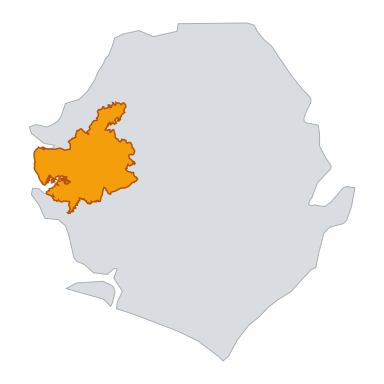 Port Loko, Northern, Sierra Leone shown in context
{"feature_id": "65957751B90762568654783", "entity_name": "Port Loko", "entity_type": "district", "adm_level": 2, "iso_a3": "SLE", "parent_name": "Sierra Leone", "parent_adm1": "Northern", "projection": "albers", "projection_center": [-12.858, 8.766], "detail": "fine", "context": "in_parent", "style": "filled", "palette": "amber", "viewbox_px": 384, "rotation_deg": 0, "n_neighbors": 0, "source": "geoboundaries", "source_scale": "gbopen_adm2", "svg_char_len": 7272}
<svg xmlns="http://www.w3.org/2000/svg" viewBox="0 0 384 384"><path d="M354.7,187.7L354.4,191.1L351.4,206.8L346.6,220.2L343.4,223.6L329.7,227.2L323.9,233.2L318.9,252.3L315.8,267.3L311.0,269.8L290.9,291.6L277.7,299.9L268.5,307.0L259.8,316.2L248.8,325.2L237.0,340.3L228.6,356.1L222.9,361.0L218.6,356.6L198.3,341.1L177.0,330.8L131.7,313.6L116.6,308.8L117.2,302.6L122.4,291.4L113.9,278.2L117.2,268.6L113.9,268.6L107.4,274.4L93.6,272.8L84.5,264.5L77.0,261.5L73.8,257.4L69.0,235.7L65.5,225.8L58.6,219.7L44.8,218.2L39.1,205.0L31.4,194.7L32.6,188.4L38.9,188.7L43.8,193.3L51.7,195.2L61.5,184.1L70.3,178.1L72.3,172.8L71.3,169.9L65.9,174.4L51.4,173.3L47.7,177.3L41.2,178.6L36.2,165.6L36.5,157.9L38.5,149.5L53.2,148.1L54.5,145.3L44.3,143.5L31.6,133.7L29.3,126.9L35.6,124.7L41.7,125.7L46.9,127.1L52.6,124.7L57.9,121.0L61.1,116.3L65.4,103.6L79.1,99.3L87.3,91.5L95.0,79.4L98.5,70.9L101.7,66.7L103.7,63.0L105.2,59.0L108.6,55.3L112.2,46.3L114.7,38.1L122.6,34.1L138.8,30.6L153.4,36.6L177.0,31.3L178.2,23.7L199.9,23.5L225.5,23.2L246.9,23.0L254.2,25.1L256.9,30.8L264.0,39.7L271.4,45.9L280.5,59.5L291.2,75.3L302.7,89.6L310.1,97.3L311.0,100.0L310.5,103.1L306.9,110.4L303.8,118.3L304.2,121.3L306.3,122.8L318.3,125.2L319.5,133.9L319.6,146.1L325.5,157.4L331.0,165.7L330.8,168.7L317.3,183.0L312.1,197.2L309.5,201.2L308.4,204.4L311.1,205.8L314.8,204.9L320.1,206.0L325.1,206.4L331.7,201.3L342.7,188.2L346.4,186.6L354.7,187.7ZM112.2,303.3L110.7,306.2L103.4,299.1L66.1,288.6L76.6,283.0L102.6,281.3L110.3,284.6L113.7,287.3L115.0,292.5L112.2,303.3Z" fill="#d9dde1" stroke="#a8b0b8" stroke-width="1"/><path d="M121.6,104.0L121.7,104.7L121.3,104.8L119.7,103.3L118.7,102.9L116.9,103.2L116.0,102.4L115.9,104.6L115.6,105.1L114.8,105.4L113.5,102.8L112.6,102.6L113.0,104.1L111.9,105.2L111.4,107.4L110.6,107.8L109.2,107.2L110.3,105.7L109.9,105.1L109.1,104.9L108.1,105.0L108.0,105.3L108.8,107.1L108.4,107.5L104.4,108.7L103.7,106.8L102.9,106.8L102.6,107.0L102.4,108.3L100.7,109.9L100.3,110.0L99.7,109.4L99.1,109.5L97.8,110.6L97.5,111.3L97.6,112.2L98.5,114.1L98.0,116.5L97.4,117.9L96.6,117.9L97.2,120.0L96.9,120.5L93.8,120.6L93.4,121.5L92.4,122.3L91.5,124.3L90.1,125.6L89.3,127.4L90.1,128.7L89.7,129.5L87.0,131.6L87.1,132.4L88.3,133.2L88.5,134.3L87.4,133.8L86.8,133.0L86.1,133.1L84.6,132.4L84.6,131.9L82.9,130.6L81.3,128.8L79.8,129.3L78.3,130.8L77.1,130.5L75.4,135.9L75.8,137.5L74.2,137.7L73.7,138.2L72.2,138.4L72.1,139.0L71.2,139.4L70.4,140.3L69.5,140.5L68.4,141.7L70.2,144.1L70.3,149.0L64.9,150.2L61.1,148.4L59.4,148.2L54.9,149.3L52.9,149.3L51.8,149.0L48.2,149.1L46.2,148.8L44.9,148.2L44.3,149.5L43.9,149.5L41.7,148.4L39.9,148.2L38.5,147.2L38.5,147.7L36.0,149.8L35.6,150.7L34.5,151.7L34.0,154.1L34.5,158.9L35.2,162.1L34.7,162.3L34.4,163.8L34.7,165.5L34.3,167.5L34.4,168.7L35.8,171.7L38.0,174.3L39.5,179.1L42.8,184.0L42.9,183.7L43.1,184.2L44.8,185.1L45.6,184.5L46.3,183.2L46.5,181.9L46.2,181.9L47.0,181.2L47.0,179.4L48.3,177.4L49.1,175.5L49.5,175.3L50.6,175.6L51.2,177.8L53.3,177.9L53.9,179.1L55.0,178.9L55.9,177.1L58.5,175.8L58.6,176.3L59.0,176.6L60.4,176.6L61.5,175.9L63.0,176.2L64.4,176.9L65.2,176.7L66.6,176.8L66.7,177.4L65.6,177.8L65.2,178.2L65.3,178.5L66.3,178.9L68.2,180.7L69.9,181.2L70.3,181.9L69.6,182.1L68.8,183.0L66.9,183.9L67.3,184.2L67.3,184.6L67.1,184.2L66.1,184.0L65.7,183.5L64.8,183.7L64.4,183.0L64.4,181.1L63.6,180.5L63.5,180.1L63.3,180.5L61.8,180.5L60.5,181.2L59.4,181.0L58.8,180.4L58.8,179.9L58.5,179.9L58.0,180.7L58.2,181.0L57.9,181.8L56.4,183.2L58.3,185.0L58.4,185.3L55.5,184.0L54.9,185.8L54.6,185.7L54.1,186.9L52.4,187.5L51.8,188.5L49.4,188.6L49.1,190.7L48.7,190.5L47.1,191.9L46.6,191.9L46.3,192.6L46.6,193.9L51.4,195.9L52.4,195.6L52.8,194.9L53.1,195.9L53.8,196.6L52.3,196.5L52.2,196.7L52.8,197.7L52.8,198.3L53.5,198.8L53.7,199.9L54.6,200.3L56.4,200.5L56.9,201.2L57.1,200.7L58.1,200.8L58.6,199.8L58.8,200.4L60.5,201.7L62.2,201.9L63.6,201.1L69.4,201.5L69.7,201.9L69.7,203.1L68.9,203.3L68.7,204.7L68.9,205.6L69.5,206.2L69.4,206.6L70.1,208.2L69.9,208.6L70.3,209.0L68.9,211.1L68.8,211.9L67.8,212.4L68.2,212.6L67.9,213.0L68.2,213.4L70.3,213.0L70.2,212.0L71.2,211.4L71.9,211.9L73.5,211.1L73.2,210.6L72.5,210.4L72.5,210.1L73.3,209.2L73.5,207.6L74.1,207.9L74.6,208.6L75.8,207.9L75.0,206.6L75.6,205.3L77.3,205.2L77.3,204.7L76.4,203.6L76.6,203.2L77.5,203.2L78.5,202.4L78.1,201.6L78.2,200.9L79.7,200.8L79.3,198.2L79.9,198.5L80.8,198.2L81.2,198.4L81.5,199.2L83.6,198.9L83.6,199.4L84.3,199.3L84.6,200.2L85.3,200.3L85.7,201.0L86.3,200.9L86.8,202.5L87.5,202.7L87.6,203.2L88.2,202.8L88.7,203.5L89.0,203.2L89.4,203.6L90.0,203.4L90.1,203.8L91.3,203.0L90.9,202.4L91.2,202.1L91.3,201.3L92.4,201.9L93.4,201.9L95.6,201.1L96.0,201.8L96.6,200.6L97.7,200.5L97.8,201.0L98.4,200.7L98.7,201.4L99.3,201.5L100.2,201.2L100.5,200.7L100.8,197.6L102.1,195.3L103.0,190.1L104.0,187.3L106.1,189.0L106.3,190.5L107.4,190.9L107.9,193.0L110.0,194.4L110.8,193.7L111.2,192.1L115.0,191.2L120.8,188.1L124.4,188.0L128.6,186.4L132.7,182.3L133.3,182.2L134.1,182.5L134.4,181.8L136.4,180.9L137.2,179.2L137.6,179.0L136.5,177.3L134.7,176.4L133.8,175.3L133.5,172.5L131.5,172.8L130.1,171.9L128.9,171.7L126.8,170.9L125.6,168.6L127.0,168.4L126.7,167.3L127.5,165.9L127.4,165.1L128.1,164.3L128.5,165.3L129.7,165.9L131.0,165.4L132.6,164.2L132.9,163.0L134.5,164.3L135.1,163.3L134.0,162.8L134.3,161.8L132.6,161.2L131.4,159.8L129.3,158.1L128.9,157.0L128.9,155.2L130.3,154.3L132.5,154.9L133.7,154.1L134.7,151.5L134.4,150.3L133.1,148.0L132.1,147.0L131.8,144.5L130.6,142.8L128.9,142.4L127.1,143.0L126.4,142.6L125.8,140.3L125.0,140.4L124.3,139.6L122.6,139.9L121.9,139.2L120.6,141.7L120.1,141.9L119.8,141.4L119.3,141.4L118.2,140.3L118.1,139.3L116.1,138.3L115.3,137.5L115.0,134.3L113.6,129.6L113.2,129.6L111.8,130.7L110.6,132.4L110.1,132.3L109.9,131.6L110.0,129.6L106.2,130.3L105.1,129.8L106.9,127.0L107.1,126.3L108.2,125.9L108.5,124.2L108.0,124.3L108.1,123.8L109.3,123.1L109.5,122.5L110.2,122.4L110.9,123.0L109.7,124.0L110.1,124.7L110.6,124.8L112.2,123.6L112.9,122.4L114.6,124.2L114.9,123.7L116.1,123.4L115.7,122.8L116.2,121.9L115.0,120.4L114.5,120.3L114.6,120.1L117.5,117.4L118.8,119.1L117.6,120.2L118.0,121.2L119.4,120.6L119.6,120.1L120.3,119.7L120.2,117.2L121.1,116.7L121.4,115.4L122.9,113.8L124.7,112.4L123.9,111.6L123.9,110.8L124.6,108.5L125.8,107.0L125.5,104.8L124.2,103.2L123.3,102.9L121.6,104.0ZM67.9,181.0L65.3,181.0L64.9,181.5L65.2,182.6L66.4,183.6L68.2,183.0L69.2,181.9L67.9,181.0ZM52.8,179.9L52.3,179.5L51.3,179.8L51.5,182.8L54.7,181.7L54.1,181.0L54.4,179.9L52.8,179.9ZM64.8,179.0L63.0,177.9L62.3,178.4L59.9,179.2L62.0,179.1L62.9,179.6L63.8,179.3L65.1,179.5L64.8,179.0ZM49.7,177.9L49.3,176.7L48.8,176.8L47.4,179.9L49.0,179.1L49.7,177.9ZM49.4,180.4L49.3,179.6L48.6,179.7L48.8,180.4L49.4,180.4ZM47.9,182.8L48.4,181.8L48.4,181.5L47.4,182.0L47.5,182.8L47.9,182.8ZM60.8,178.2L60.4,178.2L59.3,178.3L60.2,178.8L60.8,178.2ZM43.7,147.3L43.2,147.5L44.4,148.0L44.2,147.7L43.7,147.3ZM53.6,179.0L53.2,178.3L52.9,178.5L53.2,179.0L53.6,179.0ZM44.7,148.4L44.4,148.2L43.5,147.8L44.0,148.4L44.7,148.4ZM66.4,179.4L65.9,179.0L65.6,179.3L66.4,179.4ZM47.6,180.1L47.9,180.5L48.0,179.9L47.6,180.1ZM42.4,147.3L42.1,147.5L42.6,147.7L42.4,147.3ZM56.4,179.5L56.6,179.5L56.7,179.1L56.4,179.5ZM44.5,148.8L44.6,148.5L44.2,148.5L44.5,148.8ZM49.0,176.4L49.3,176.2L49.2,176.0L49.0,176.4ZM43.2,148.7L42.8,148.5L43.2,148.7Z" fill="#f59e0b" stroke="#b45309" stroke-width="1.5"/></svg>